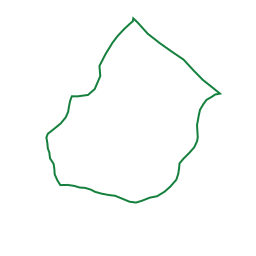 Astara District, Astara, Azerbaijan (Robinson projection), rotated 313°
{"feature_id": "54616110B5213879595332", "entity_name": "Astara District", "entity_type": "district", "adm_level": 2, "iso_a3": "AZE", "parent_name": "Azerbaijan", "parent_adm1": "Astara", "projection": "robinson", "projection_center": [48.695, 38.514], "detail": "fine", "context": "isolated", "style": "outline", "palette": "green", "viewbox_px": 256, "rotation_deg": 313, "n_neighbors": 0, "source": "geoboundaries", "source_scale": "gbopen_adm2", "svg_char_len": 1006}
<svg xmlns="http://www.w3.org/2000/svg" viewBox="0 0 256 256"><g transform="rotate(313 128 128)"><path d="M112.9,65.3L108.5,67.1L103.6,70.1L99.0,73.2L93.3,75.2L85.5,75.7L76.8,74.5L69.1,73.3L65.4,74.8L61.7,79.6L58.4,83.3L56.4,87.2L52.6,91.7L51.1,97.9L48.3,101.5L44.1,106.0L41.6,111.9L40.7,115.2L40.1,117.4L45.2,122.7L48.9,128.0L51.6,133.4L54.9,137.4L57.6,142.9L58.8,147.3L62.0,153.5L66.0,159.8L69.7,164.9L75.1,179.3L78.9,184.7L84.3,187.8L92.0,191.5L97.9,195.8L106.4,198.2L114.1,198.9L123.2,198.6L128.8,196.0L133.4,192.8L137.3,189.8L143.4,189.5L151.3,189.8L159.0,189.6L165.5,187.5L168.6,185.5L173.1,180.8L177.3,176.4L180.5,174.4L185.9,170.9L190.5,168.2L197.1,166.8L202.0,166.2L208.7,168.2L211.7,168.8L215.9,171.8L215.5,166.5L214.2,149.6L214.8,136.9L215.9,121.9L213.9,109.4L211.7,93.3L210.4,78.1L211.7,63.3L211.8,57.1L209.3,58.7L205.8,58.3L197.8,57.7L187.9,57.7L179.9,58.5L166.6,61.2L153.9,64.8L147.1,72.3L133.8,77.1L124.9,76.2L116.6,69.4L112.9,65.3Z" fill="none" stroke="#15803d" stroke-width="2"/></g></svg>